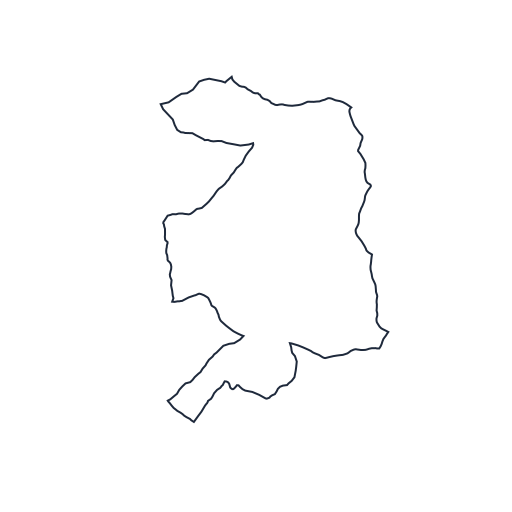 Lungnyi, Paro, Bhutan (Natural Earth projection), rotated 206°
{"feature_id": "84629894B57093636302105", "entity_name": "Lungnyi", "entity_type": "district", "adm_level": 2, "iso_a3": "BTN", "parent_name": "Bhutan", "parent_adm1": "Paro", "projection": "natural_earth1", "projection_center": [89.391, 27.38], "detail": "fine", "context": "isolated", "style": "outline", "palette": "slate", "viewbox_px": 512, "rotation_deg": 206, "n_neighbors": 0, "source": "geoboundaries", "source_scale": "gbopen_adm2", "svg_char_len": 6132}
<svg xmlns="http://www.w3.org/2000/svg" viewBox="0 0 512 512"><g transform="rotate(206 256 256)"><path d="M103.8,245.7L106.8,245.8L109.5,245.8L111.7,245.9L114.0,246.7L116.6,248.3L118.2,249.3L119.2,250.5L120.2,252.3L120.5,253.5L120.7,254.8L120.9,255.7L121.4,256.7L122.0,257.8L123.7,259.8L124.3,261.3L124.9,262.8L125.5,264.1L126.2,265.6L127.0,266.7L127.8,268.2L128.4,269.8L129.0,271.7L129.2,272.6L130.0,273.9L131.8,275.7L132.5,276.5L133.3,278.0L135.3,281.4L136.4,282.8L137.7,283.9L141.6,287.0L143.0,288.8L144.0,290.3L144.9,291.4L146.9,293.8L148.0,295.7L148.7,297.2L149.1,298.6L149.4,299.5L150.1,301.5L150.7,303.0L151.4,305.0L152.4,308.2L153.7,308.3L156.4,308.5L158.7,309.2L159.5,309.7L160.3,310.6L161.7,311.7L163.4,312.9L167.5,315.5L171.8,317.6L173.6,318.4L174.5,319.0L175.7,320.0L176.4,320.7L177.1,321.7L177.6,322.5L178.0,323.7L177.9,328.0L178.0,329.6L178.3,331.0L179.2,333.4L180.9,336.9L181.8,339.0L182.0,340.4L182.0,341.4L182.1,342.2L182.3,344.0L182.4,345.2L182.3,347.5L182.5,350.1L182.6,351.8L182.9,353.8L183.6,356.0L184.0,357.0L184.3,358.4L184.3,362.2L184.2,363.7L183.8,366.2L183.4,367.8L183.4,369.3L184.5,370.3L187.8,370.6L189.4,371.4L190.8,372.7L192.1,374.4L193.5,376.6L194.2,377.7L195.2,379.1L195.9,381.0L196.2,382.8L196.7,384.0L197.3,385.4L198.0,386.7L198.5,387.6L201.6,390.1L206.9,393.5L210.2,395.0L210.7,396.1L210.7,400.7L211.5,403.3L211.6,404.7L211.7,407.3L211.9,408.2L212.2,409.0L212.8,410.1L213.4,410.7L214.9,411.3L216.6,411.8L224.5,416.0L226.1,417.3L232.2,423.0L233.6,424.5L235.3,426.6L235.7,427.5L236.0,428.4L236.0,430.0L235.5,431.3L241.3,432.2L245.5,432.4L248.5,432.0L251.3,431.2L252.9,430.8L254.7,430.7L256.9,430.6L258.7,430.2L260.3,429.5L261.7,427.9L262.7,426.6L264.5,425.1L266.7,422.8L269.2,421.4L271.6,419.9L275.3,418.2L276.6,417.6L277.4,417.1L279.8,414.2L280.8,413.0L282.4,411.5L284.1,410.2L289.3,406.9L292.9,405.4L296.8,404.2L297.9,404.1L299.0,403.7L300.7,402.8L301.8,402.0L303.2,400.9L305.0,400.3L306.9,400.3L308.8,400.2L309.9,400.4L311.2,401.1L312.4,401.3L314.3,401.4L315.9,401.0L316.8,400.8L318.8,400.7L320.7,401.2L322.2,402.0L323.3,402.7L324.2,402.6L325.7,403.1L326.7,402.6L328.0,401.9L329.6,401.6L330.7,401.6L333.1,402.1L333.9,402.1L336.6,402.2L339.1,402.9L340.9,402.8L343.0,402.0L345.5,401.6L351.9,403.1L354.6,404.3L356.4,406.4L359.2,400.3L359.8,398.4L363.8,397.9L375.8,394.8L379.9,391.6L383.6,387.9L385.6,377.9L389.3,372.1L393.3,369.6L394.1,369.1L397.3,364.1L401.9,355.8L408.2,350.7L403.8,347.2L390.6,342.2L386.5,338.1L382.1,334.8L377.7,334.3L375.4,335.2L373.6,335.5L367.0,338.5L363.1,338.2L354.3,338.0L353.0,337.6L350.0,339.3L347.2,339.5L344.5,340.4L340.8,342.6L337.3,344.2L332.2,344.6L324.8,346.7L318.5,348.4L311.4,353.0L308.1,356.1L307.2,354.8L307.0,351.6L308.3,346.8L309.2,341.7L309.2,340.0L309.2,338.5L309.2,337.4L309.0,334.4L309.5,332.4L310.5,329.8L311.3,327.9L311.9,326.9L312.1,325.8L312.3,324.4L312.6,321.3L313.4,318.8L313.8,317.5L313.9,316.2L313.9,314.8L314.1,313.3L314.3,312.0L314.8,310.9L315.3,308.2L315.5,307.2L316.2,305.3L317.0,303.4L317.8,302.0L318.8,300.2L319.1,299.3L319.7,297.0L320.0,295.1L320.5,291.5L321.2,288.7L322.2,284.4L323.3,281.3L325.8,275.4L326.7,274.7L327.9,273.7L329.5,272.6L330.1,271.8L331.2,269.2L331.9,267.7L332.8,266.0L333.6,264.9L334.8,263.9L336.6,263.3L338.4,262.6L340.5,262.0L343.1,260.8L344.4,260.0L346.1,258.5L349.5,256.9L350.7,255.6L353.1,253.5L353.4,251.0L353.7,248.5L353.8,247.6L354.1,246.2L353.8,244.9L352.6,244.0L351.5,242.4L349.7,240.5L347.9,236.9L347.0,235.0L346.3,233.2L344.7,230.7L344.0,230.4L342.7,230.0L341.7,229.8L341.1,228.8L340.8,226.7L340.5,225.9L340.0,224.6L339.7,223.2L338.9,221.1L337.9,219.3L336.2,217.8L334.4,215.0L334.0,214.0L333.2,213.2L331.4,212.7L330.1,212.2L328.8,211.1L327.4,209.2L326.5,207.0L326.1,204.8L325.7,203.2L325.4,201.7L324.2,199.8L323.1,198.8L321.3,197.3L319.5,192.4L316.1,188.0L314.3,185.2L313.3,183.7L311.7,181.9L311.3,178.2L309.2,179.0L308.2,179.7L306.6,180.9L305.0,181.7L303.8,182.6L302.8,183.2L302.2,184.0L300.8,185.9L299.2,188.1L298.2,189.4L296.9,190.7L294.0,193.6L293.1,194.3L292.4,195.2L291.3,196.5L290.6,197.2L288.6,197.7L285.5,197.9L281.9,197.6L280.5,197.3L279.4,196.5L278.2,195.6L276.8,194.5L275.6,193.4L274.6,192.3L273.9,191.9L273.0,191.8L270.6,191.6L269.4,191.2L268.1,190.3L266.6,189.1L265.9,188.3L264.0,186.8L262.7,185.1L260.7,183.3L259.9,182.7L258.7,182.1L256.3,181.4L252.4,180.3L248.7,179.5L246.6,179.1L243.5,178.5L242.0,178.4L238.0,178.3L234.3,178.4L232.2,178.6L233.7,173.9L237.4,168.1L241.6,165.3L246.0,161.0L249.1,151.9L250.5,149.2L250.9,146.6L251.4,145.4L252.8,142.1L253.4,137.6L253.4,135.6L254.6,131.4L255.0,127.3L256.1,125.1L257.3,122.0L258.0,120.2L258.7,116.8L259.8,113.8L263.5,110.6L265.0,106.6L266.3,102.1L266.6,97.5L268.1,94.3L270.2,89.6L271.9,87.3L271.1,86.8L268.9,85.9L266.1,84.5L263.3,83.3L261.3,82.9L258.8,82.3L255.2,82.1L252.7,81.7L250.5,81.0L247.8,80.7L243.9,80.6L242.2,80.0L239.1,79.6L237.7,87.6L237.5,88.5L237.1,90.6L236.8,92.2L236.2,99.3L236.0,100.2L235.8,101.2L235.5,102.1L235.4,103.2L235.6,104.7L233.8,108.0L233.5,110.6L233.5,114.3L232.3,118.6L231.0,120.8L230.4,121.7L230.1,122.8L230.0,123.8L229.3,125.4L229.3,127.6L229.2,129.6L227.6,130.2L226.2,130.3L225.0,129.9L223.9,129.2L221.6,126.6L220.8,126.2L219.1,125.9L218.2,126.3L217.6,127.3L216.8,129.9L216.5,131.5L215.0,132.1L213.0,131.3L209.8,130.4L206.7,130.3L199.7,132.2L192.3,132.6L185.0,132.2L183.8,132.5L182.4,133.9L181.8,134.6L181.5,136.0L180.4,137.9L178.5,140.1L178.1,143.4L178.1,146.2L177.1,149.0L175.0,151.3L171.5,153.6L170.9,155.8L169.2,159.4L168.3,163.9L170.0,170.2L171.2,173.8L173.1,179.0L177.1,183.1L181.0,184.8L182.7,186.8L184.3,189.3L187.3,192.5L185.7,193.0L178.9,194.1L173.6,194.5L168.0,194.7L164.9,194.7L162.9,194.3L160.7,194.3L156.0,194.7L151.7,194.2L149.8,194.3L148.9,194.7L147.8,195.6L145.7,197.4L142.6,199.9L139.6,202.0L137.5,203.4L134.6,205.2L132.7,207.0L131.1,208.6L130.1,210.4L129.3,212.1L127.2,214.6L125.9,215.7L125.0,216.1L124.2,216.3L122.4,216.9L120.5,217.5L118.3,218.6L116.5,219.6L115.2,220.7L113.7,222.2L111.5,223.9L108.1,225.6L106.5,226.0L104.7,226.9L104.5,228.5L104.4,229.4L104.5,232.0L104.9,234.5L105.1,237.3L104.6,240.1L104.3,241.5L104.2,243.1L103.8,245.7Z" fill="none" stroke="#1e293b" stroke-width="2"/></g></svg>